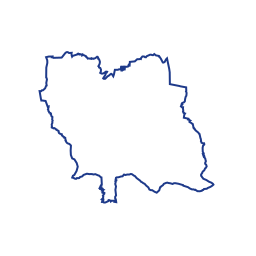 the district of Helegiu, Bacau, Romania, rotated 104°
{"feature_id": "2599482B3078952345821", "entity_name": "Helegiu", "entity_type": "district", "adm_level": 2, "iso_a3": "ROU", "parent_name": "Romania", "parent_adm1": "Bacau", "projection": "natural_earth1", "projection_center": [26.779, 46.352], "detail": "fine", "context": "isolated", "style": "outline", "palette": "blue", "viewbox_px": 256, "rotation_deg": 104, "n_neighbors": 0, "source": "geoboundaries", "source_scale": "gbopen_adm2", "svg_char_len": 5781}
<svg xmlns="http://www.w3.org/2000/svg" viewBox="0 0 256 256"><g transform="rotate(104 128 128)"><path d="M177.8,82.5L177.6,82.1L177.0,82.0L175.1,80.3L173.5,79.7L172.0,77.7L171.5,76.6L171.6,75.4L171.4,73.7L171.5,71.2L170.5,70.1L170.1,68.7L169.9,65.6L170.1,60.7L170.6,60.4L170.9,55.5L171.7,53.4L172.1,51.1L171.7,49.4L171.9,48.4L171.7,47.9L171.9,47.8L171.9,46.9L172.5,45.4L172.0,43.0L171.0,41.1L170.2,40.8L169.9,40.0L168.8,39.5L167.9,36.9L166.9,36.1L165.2,33.8L163.5,32.2L162.3,31.4L161.6,32.1L160.9,33.8L160.5,36.5L159.5,39.4L159.0,42.7L158.3,43.4L158.0,44.0L156.9,45.0L156.7,45.5L155.4,45.8L153.6,45.1L153.1,45.2L151.8,44.7L150.7,43.8L148.5,43.4L147.8,42.8L146.2,42.4L144.7,43.3L144.2,44.3L143.4,44.7L141.3,44.4L140.0,45.2L139.2,45.5L138.3,46.4L136.8,47.2L137.4,47.6L135.9,48.6L135.5,48.4L135.3,48.5L134.9,49.1L134.2,48.5L133.0,49.7L129.2,50.8L127.0,50.9L125.6,50.0L125.1,50.1L124.4,50.6L124.8,51.4L124.5,53.1L123.3,53.8L123.2,54.0L122.8,54.0L121.0,54.7L120.4,55.2L116.6,57.1L116.6,57.4L115.5,58.6L114.0,61.8L112.6,63.7L112.5,63.4L111.4,64.7L108.5,66.1L108.3,67.0L107.9,67.5L107.3,69.8L106.3,70.1L105.7,69.5L105.5,70.2L105.1,70.6L105.2,71.8L104.4,71.8L104.5,76.3L101.5,76.6L100.2,76.2L100.2,76.8L100.0,77.5L99.7,77.5L99.5,78.1L98.5,78.4L98.5,78.6L97.7,78.6L95.8,79.4L94.6,79.6L94.9,80.5L94.3,81.7L94.0,81.5L93.7,81.8L93.1,81.8L92.3,81.5L92.3,81.1L92.1,81.0L91.9,81.4L91.6,81.4L91.5,81.7L90.7,81.5L89.5,79.9L88.4,79.3L86.0,79.6L83.7,79.6L82.6,79.2L80.4,79.5L79.2,79.9L78.5,80.6L77.7,80.5L74.5,81.4L74.9,87.5L74.8,88.0L75.3,98.0L63.9,101.0L60.7,102.3L51.0,107.0L52.2,107.7L55.0,108.4L55.9,109.3L56.0,110.1L53.0,112.7L51.2,114.7L51.2,115.3L50.6,115.5L50.8,118.5L49.9,120.4L51.2,121.2L51.4,122.0L51.3,123.5L51.6,124.4L53.9,127.3L55.0,127.7L55.2,128.6L54.7,129.8L55.1,131.3L56.8,132.2L58.0,132.2L58.0,132.6L57.9,132.7L58.5,133.7L59.0,135.7L61.7,137.5L63.4,142.2L66.7,141.6L66.5,142.6L67.2,142.7L67.7,142.3L68.4,142.9L69.0,144.3L69.3,146.4L69.8,148.0L70.1,148.2L70.2,148.7L70.1,148.8L70.1,149.2L70.3,149.2L70.4,149.5L71.4,149.4L70.5,145.6L72.0,145.4L72.3,146.6L72.5,146.5L73.7,147.6L73.8,148.3L72.6,148.6L73.4,151.3L74.0,151.9L74.7,154.8L79.5,154.6L81.4,154.8L79.7,156.6L79.5,157.5L79.9,157.9L82.0,159.4L82.8,160.3L85.7,162.0L85.9,162.4L86.1,163.6L85.8,164.1L82.0,162.8L80.7,162.8L80.2,163.1L79.4,162.1L78.5,161.9L78.5,162.4L78.7,163.1L80.4,164.5L81.3,165.6L81.6,166.9L81.2,168.3L80.1,168.0L78.0,168.3L76.5,169.4L76.3,170.7L74.9,171.4L74.9,171.6L73.1,171.1L71.5,171.1L70.3,171.4L68.9,172.3L68.1,173.0L68.0,173.7L67.0,174.0L66.9,174.4L66.3,174.7L66.3,175.2L67.9,176.4L68.4,177.0L68.9,177.7L69.0,178.3L69.3,178.5L69.2,179.7L69.8,180.1L69.8,180.8L69.5,180.9L69.9,181.4L70.0,183.2L70.4,183.8L69.1,185.4L69.3,185.5L69.1,185.9L68.5,186.2L68.4,187.1L68.2,187.5L68.0,188.6L68.1,189.4L68.6,190.0L67.7,190.2L68.0,190.6L67.9,191.7L68.1,192.0L67.9,192.8L68.0,193.1L68.4,193.0L68.4,193.5L67.9,194.4L68.5,195.0L68.9,195.0L71.4,199.1L72.3,199.5L71.4,200.1L69.3,200.9L68.7,200.9L69.5,203.4L69.0,204.7L69.1,205.6L69.8,206.5L70.5,207.0L75.6,209.3L75.8,209.6L78.0,217.5L77.7,218.0L76.9,218.4L77.5,219.1L77.1,219.2L77.8,222.1L79.1,224.6L81.7,222.8L83.6,222.2L84.6,222.0L89.1,221.9L98.8,219.6L99.2,219.1L100.5,218.4L104.1,218.2L106.5,217.2L107.0,217.7L109.5,218.0L111.2,219.1L112.0,219.7L112.3,220.7L113.3,221.2L113.6,222.7L120.9,219.5L122.3,218.7L122.1,218.3L121.7,214.5L126.9,211.0L126.3,210.2L126.7,210.1L127.0,210.6L127.6,210.2L127.9,210.2L128.8,210.0L129.3,210.2L129.9,209.6L130.7,209.4L131.4,208.5L132.1,208.2L132.2,207.0L132.7,206.7L132.7,206.3L133.5,206.3L133.6,205.9L135.2,205.0L135.6,204.0L138.2,203.6L139.0,202.9L140.3,203.0L141.3,202.6L143.0,202.9L145.1,202.1L145.6,202.3L146.0,202.1L146.1,200.8L146.4,200.3L145.9,199.3L146.0,199.0L146.4,198.3L146.5,197.8L146.9,197.4L146.8,196.9L147.2,196.6L147.6,194.7L148.5,194.4L148.6,194.2L149.1,194.1L149.6,193.7L150.0,192.6L150.0,191.7L150.4,191.1L150.2,190.7L151.3,190.2L151.5,189.4L152.1,188.7L152.2,187.9L152.8,187.6L152.6,186.8L152.7,186.5L153.9,186.1L155.2,185.3L155.4,185.5L156.7,184.3L157.3,183.4L157.6,182.2L157.6,181.3L158.3,179.8L158.9,179.1L163.7,178.2L168.0,176.9L171.0,174.8L171.4,172.4L174.4,169.3L177.7,167.4L182.1,167.5L186.5,168.7L187.7,169.9L189.6,170.1L189.6,168.5L189.8,168.2L190.0,167.3L189.9,166.1L188.9,165.4L188.8,164.3L188.3,163.2L187.2,162.7L186.0,160.7L184.3,159.8L182.3,156.8L182.1,154.3L181.6,152.7L181.4,151.3L181.5,150.4L180.7,148.5L181.2,145.5L181.2,144.6L182.4,142.4L182.4,141.8L189.0,139.8L189.5,140.1L189.8,139.8L190.1,139.8L190.6,140.0L190.8,140.5L191.7,140.5L191.8,140.7L193.3,141.0L193.3,140.3L192.7,139.7L193.1,139.3L193.8,139.6L193.7,139.1L193.3,138.9L193.6,138.8L193.1,138.6L193.1,138.4L193.3,138.5L193.4,138.1L194.0,138.1L194.0,137.1L194.6,137.6L194.9,137.0L195.6,137.2L195.9,137.4L196.9,137.3L197.0,136.8L196.6,135.7L196.7,135.2L197.6,135.1L197.9,135.3L197.9,135.6L198.9,135.6L199.8,136.0L200.7,135.3L202.3,135.4L203.1,135.9L203.0,135.3L203.4,135.4L203.2,134.9L203.3,134.6L204.7,134.4L205.2,134.5L205.7,135.3L206.0,135.3L205.8,134.6L206.1,133.7L206.0,132.7L205.7,131.9L203.8,129.5L202.8,129.5L202.6,129.3L202.5,128.4L202.7,127.8L202.8,127.9L202.8,127.3L203.4,126.9L202.5,126.3L202.2,124.6L202.0,124.1L201.9,122.7L202.3,122.6L202.9,122.9L202.8,121.5L200.6,122.4L200.0,122.7L199.8,123.3L198.7,123.6L197.9,123.8L196.3,123.3L191.0,125.3L187.6,125.5L185.3,126.9L183.9,126.8L183.0,127.3L181.9,126.6L181.5,126.6L181.4,127.5L179.2,127.6L178.7,127.1L178.1,125.3L176.7,123.0L176.2,121.6L174.2,120.7L174.1,120.4L174.3,119.3L173.3,117.4L172.9,115.6L171.9,114.1L171.9,112.9L172.8,110.7L173.0,109.6L174.5,107.5L176.2,103.4L177.0,102.4L177.3,101.0L177.9,99.7L178.1,98.4L179.5,96.4L180.7,93.9L182.5,92.4L182.8,91.0L182.5,89.4L183.4,86.9L183.8,84.5L180.9,82.6L177.8,82.5Z" fill="none" stroke="#1e3a8a" stroke-width="2"/></g></svg>